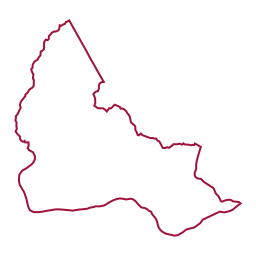 outline of Triunfo, Rio Grande do Sul, Brazil
{"feature_id": "56859067B51125983090537", "entity_name": "Triunfo", "entity_type": "district", "adm_level": 2, "iso_a3": "BRA", "parent_name": "Brazil", "parent_adm1": "Rio Grande do Sul", "projection": "equal_earth", "projection_center": [-51.557, -29.812], "detail": "fine", "context": "isolated", "style": "outline", "palette": "rose", "viewbox_px": 256, "rotation_deg": 0, "n_neighbors": 0, "source": "geoboundaries", "source_scale": "gbopen_adm2", "svg_char_len": 2999}
<svg xmlns="http://www.w3.org/2000/svg" viewBox="0 0 256 256"><path d="M163.8,232.6L166.2,233.8L168.2,234.2L171.3,234.9L174.1,235.6L177.8,235.2L179.6,234.1L182.5,232.5L186.5,229.4L194.2,227.5L200.3,223.1L202.7,219.7L219.8,211.6L224.1,212.4L225.9,212.0L228.4,211.4L230.9,210.6L233.3,209.3L234.7,208.0L238.3,205.2L240.6,203.4L238.7,202.0L235.3,201.6L233.0,201.4L231.4,200.2L229.5,199.7L225.3,200.3L222.5,201.6L220.9,201.2L218.7,196.5L215.6,193.2L214.0,189.1L213.0,187.7L211.8,187.0L203.8,181.9L200.9,178.9L197.4,178.4L195.5,177.0L194.7,175.3L194.7,172.9L196.2,168.9L196.1,165.6L196.7,160.9L198.4,154.8L200.8,146.9L194.9,143.5L194.2,145.1L192.9,144.8L191.5,145.3L189.4,144.8L184.5,144.4L183.5,143.4L182.1,144.6L179.6,143.7L176.2,144.4L173.7,144.1L172.0,145.6L170.7,146.7L168.8,147.8L167.2,147.2L165.0,148.0L162.8,147.9L160.8,144.2L159.4,141.5L157.5,140.6L156.0,138.5L154.5,138.6L152.6,138.0L150.5,138.1L142.4,135.2L140.8,133.5L138.9,135.3L137.6,134.9L136.7,132.2L135.3,129.8L135.4,127.1L134.5,125.3L133.1,124.3L130.9,122.1L129.9,117.0L128.9,115.0L127.3,113.2L126.3,111.3L123.9,109.1L122.6,108.6L120.5,108.6L119.8,106.9L117.0,105.7L114.7,104.7L110.8,108.5L109.1,108.2L106.8,111.5L105.0,109.6L103.4,108.4L97.9,108.2L94.3,105.7L95.3,103.0L95.1,98.2L93.4,94.0L95.4,91.9L98.0,91.1L98.9,88.6L98.9,85.9L99.4,83.9L101.5,82.2L103.8,81.9L101.6,78.3L89.4,56.7L86.6,51.4L69.2,20.4L67.5,21.5L65.9,22.0L65.0,23.8L62.4,24.8L61.2,25.8L59.7,25.3L59.3,28.9L58.3,30.4L55.8,31.6L54.2,31.4L51.8,32.7L50.7,34.2L48.9,36.1L48.7,39.2L47.6,40.1L45.8,39.6L44.7,41.1L44.0,43.0L44.1,47.8L43.7,49.5L42.4,50.6L40.7,51.6L40.5,55.3L38.7,57.4L37.6,59.7L36.3,60.4L34.5,61.5L32.7,64.6L32.5,67.8L31.2,69.2L32.0,71.8L33.4,74.6L32.9,78.3L33.9,80.1L33.7,85.8L32.2,87.7L29.2,89.7L27.9,92.3L25.4,94.6L25.2,96.3L24.0,97.7L22.4,99.7L20.7,102.0L19.9,105.2L20.7,107.7L19.1,110.9L17.7,113.9L15.8,116.3L15.9,118.5L15.4,120.3L16.6,122.6L16.4,126.3L16.9,128.6L15.6,131.6L18.1,134.7L19.8,136.3L20.0,139.0L21.6,141.1L23.3,141.8L24.6,140.9L25.3,142.5L28.5,142.3L28.7,145.6L27.7,148.1L29.1,150.1L33.1,152.4L34.9,156.1L34.9,159.0L33.8,161.7L32.8,163.1L30.7,165.1L25.9,168.6L22.1,170.7L19.3,174.8L18.9,180.2L19.2,182.2L19.7,184.8L24.0,192.0L25.2,195.2L26.6,199.5L27.9,205.5L28.8,208.0L29.9,210.3L31.6,211.1L33.7,212.1L35.0,212.1L36.8,212.1L38.3,212.1L40.0,212.0L42.7,211.6L45.1,211.1L49.3,210.4L52.4,209.9L54.5,209.5L58.3,209.3L61.3,209.5L73.1,210.6L75.4,210.1L79.7,209.5L83.5,209.2L87.3,208.7L89.0,208.0L91.4,207.4L93.7,207.0L95.3,206.4L97.1,206.3L98.4,206.4L99.8,206.3L101.3,206.1L102.7,205.8L104.4,205.3L106.1,204.5L107.5,203.4L109.2,202.4L111.3,201.3L113.7,200.1L116.3,199.2L119.2,198.5L121.7,198.6L124.1,199.0L125.9,199.4L127.8,199.2L129.5,198.9L130.8,198.7L132.2,199.0L134.1,200.0L136.1,201.8L137.9,204.0L141.1,207.2L142.8,207.8L144.5,207.9L147.3,209.3L148.9,210.8L151.3,211.8L151.9,213.9L153.3,215.6L155.0,217.6L156.5,219.9L157.3,222.6L157.9,225.2L158.9,227.9L160.2,229.7L161.7,231.3L163.8,232.6Z" fill="none" stroke="#9f1239" stroke-width="2"/></svg>